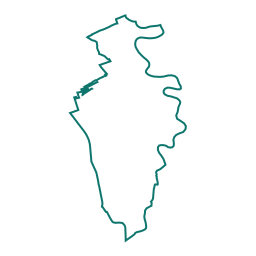 Letea Veche, Bacau, Romania (Robinson projection)
{"feature_id": "2599482B63347405976277", "entity_name": "Letea Veche", "entity_type": "district", "adm_level": 2, "iso_a3": "ROU", "parent_name": "Romania", "parent_adm1": "Bacau", "projection": "robinson", "projection_center": [26.956, 46.548], "detail": "fine", "context": "isolated", "style": "outline", "palette": "teal", "viewbox_px": 256, "rotation_deg": 0, "n_neighbors": 0, "source": "geoboundaries", "source_scale": "gbopen_adm2", "svg_char_len": 5416}
<svg xmlns="http://www.w3.org/2000/svg" viewBox="0 0 256 256"><path d="M135.7,21.6L133.8,21.6L132.3,21.3L130.2,20.4L129.1,19.9L127.8,18.9L127.0,18.4L126.3,17.7L125.7,16.7L125.5,16.1L125.5,15.4L125.3,15.4L124.7,15.6L124.2,15.8L122.8,16.5L122.2,16.7L121.5,16.9L120.9,17.2L120.5,17.5L119.7,17.8L118.3,18.3L116.7,18.9L116.0,19.2L116.0,19.4L116.1,19.8L116.5,20.9L117.3,23.3L116.6,23.3L116.4,23.5L116.1,23.8L115.6,23.9L114.6,24.2L113.6,24.6L113.0,25.0L111.2,25.7L110.0,26.5L108.5,27.2L105.2,28.7L103.7,29.3L102.2,29.9L100.5,30.4L99.0,31.0L97.8,31.7L95.5,32.8L91.8,34.5L91.9,34.8L88.6,36.5L88.4,36.4L87.3,37.3L88.8,38.2L92.2,40.3L92.7,40.4L94.5,40.8L95.7,41.4L96.7,42.2L96.9,43.1L97.0,44.6L97.3,45.6L97.1,47.0L97.3,48.6L98.0,50.3L98.5,51.3L99.0,52.4L99.1,52.8L99.1,53.6L99.2,54.0L99.4,54.0L100.1,54.3L101.6,54.8L102.7,55.3L103.9,55.8L104.6,56.2L105.5,57.0L106.6,58.1L107.6,59.0L108.3,59.5L109.2,59.2L109.3,59.4L109.7,60.0L110.4,61.1L110.5,61.3L107.2,62.4L105.2,63.1L103.4,63.7L101.4,64.4L100.5,64.8L99.7,65.0L100.5,66.4L100.9,66.9L101.8,68.0L102.6,69.0L103.7,70.3L104.9,71.7L105.3,72.1L105.9,72.8L106.4,73.3L106.9,73.9L106.5,74.1L105.3,74.5L106.2,75.6L105.4,76.0L105.2,75.8L104.3,76.2L103.6,76.5L102.9,76.8L102.9,77.0L102.2,77.3L102.1,77.2L101.2,77.7L100.1,78.1L99.8,78.3L99.6,78.4L98.7,79.0L98.1,79.3L97.9,79.4L97.3,79.8L97.1,80.0L96.9,80.1L96.1,80.1L95.8,80.2L95.5,80.3L94.8,80.6L94.2,81.0L93.8,81.2L93.2,81.5L92.9,81.7L92.4,82.2L92.0,82.5L91.4,83.1L90.8,83.3L90.0,83.7L89.9,83.6L89.4,83.9L89.2,84.0L88.7,84.4L88.7,84.5L88.3,84.7L88.2,84.7L87.8,85.0L87.7,85.0L87.2,85.3L86.9,85.5L86.1,86.0L85.8,86.1L85.4,86.3L85.4,86.2L84.9,86.5L84.5,86.7L84.8,87.1L85.3,87.6L86.6,87.1L88.0,86.5L90.1,85.7L90.4,85.5L91.5,84.9L92.5,84.4L93.1,84.1L93.6,83.9L94.6,83.3L95.1,83.1L96.4,82.4L97.2,82.0L97.3,82.1L96.6,82.4L96.4,82.5L96.2,82.6L95.7,82.9L94.6,83.5L93.1,84.2L92.5,84.5L92.2,84.7L92.0,84.8L91.1,85.3L90.6,85.5L90.1,85.8L87.8,86.8L87.2,87.0L87.6,88.1L88.0,89.1L88.4,90.1L88.6,90.5L88.4,90.6L87.8,89.0L87.4,88.1L87.2,87.4L87.0,87.1L85.4,87.7L85.3,87.8L85.6,88.5L85.7,88.8L85.8,89.1L86.8,91.6L86.6,91.3L85.5,88.8L85.2,87.9L84.1,88.2L83.7,88.4L83.3,88.6L83.6,89.2L83.8,89.9L84.4,91.1L84.8,92.0L85.1,92.8L84.6,92.1L84.1,90.9L83.4,89.2L83.2,88.6L81.3,89.3L81.5,90.0L81.9,90.8L82.2,91.2L82.7,92.5L83.3,93.8L84.1,93.5L85.0,92.9L86.8,91.8L87.1,91.5L88.7,90.5L89.3,90.1L90.8,89.1L91.5,88.8L91.9,88.6L92.0,88.7L91.5,88.9L91.0,89.2L90.7,89.3L89.3,90.3L89.1,90.4L86.4,92.2L85.8,92.6L85.7,92.6L83.8,93.8L83.6,94.0L83.4,94.1L83.3,94.4L83.1,94.6L82.5,94.9L82.5,94.7L83.0,94.4L83.2,94.1L82.3,92.1L82.1,91.5L79.3,92.3L78.5,92.4L77.4,92.6L77.9,94.1L78.2,95.2L78.4,96.0L78.5,96.2L78.8,96.9L79.1,97.7L76.6,98.3L76.3,97.6L76.0,96.9L74.2,97.4L74.5,98.2L74.7,98.9L75.3,100.7L76.0,102.8L76.8,105.5L77.6,107.8L78.3,110.0L76.6,110.7L74.5,111.4L70.1,113.0L71.5,114.8L73.0,116.7L74.1,118.2L76.8,121.7L78.4,123.9L79.9,125.8L81.0,127.3L82.2,128.8L83.8,130.9L84.9,132.5L85.5,133.4L86.2,134.5L86.9,135.8L87.5,137.0L88.0,138.2L88.6,139.5L89.0,140.9L89.4,142.2L89.8,144.2L90.0,145.7L90.2,147.7L90.4,149.9L90.5,151.5L90.8,154.8L91.0,156.5L91.1,157.8L91.1,158.7L91.3,160.3L91.3,161.0L91.5,161.8L92.0,162.9L92.6,164.3L93.5,166.3L94.2,167.9L94.7,168.8L95.4,170.4L96.0,171.8L96.3,172.6L96.5,173.2L96.7,174.2L97.3,177.0L97.7,178.9L98.2,181.3L98.4,182.6L98.5,183.7L99.2,186.4L100.3,191.9L101.0,195.6L101.5,197.8L101.9,200.1L102.2,201.4L102.3,202.2L102.4,203.3L102.4,204.2L102.2,205.4L102.0,206.3L101.9,206.7L102.7,207.2L105.9,211.9L106.9,211.9L110.0,217.8L111.9,221.0L112.6,221.9L113.4,222.4L115.4,222.8L119.4,222.6L122.5,223.0L124.5,225.2L125.3,227.4L125.6,235.2L125.7,240.6L128.8,238.4L132.0,236.2L134.6,234.2L135.0,233.2L136.6,232.2L140.0,231.4L142.8,230.5L144.9,229.4L146.1,228.1L146.2,226.0L145.9,224.1L145.5,221.9L144.6,219.0L144.3,216.3L144.9,213.3L145.1,210.5L146.6,208.3L149.7,206.6L151.4,205.8L151.6,203.8L151.6,202.6L151.0,201.7L152.2,200.2L153.0,198.7L153.8,189.2L154.5,186.4L154.9,184.6L155.7,184.4L157.6,184.6L157.7,184.3L157.7,183.5L157.7,182.5L157.5,181.4L157.3,180.6L157.1,179.5L156.6,178.0L156.7,177.7L156.8,176.9L156.7,176.4L156.2,175.8L156.6,174.8L156.7,174.5L156.1,172.5L156.3,171.7L157.0,170.6L157.9,170.3L159.3,169.6L159.9,169.3L160.4,169.1L165.5,164.8L163.5,159.0L161.2,155.5L159.0,152.6L157.9,149.8L158.0,147.1L159.1,145.6L160.8,145.1L163.4,145.1L166.2,145.8L167.9,147.1L170.3,147.6L172.1,147.3L173.3,146.4L173.8,145.2L173.8,142.8L173.4,139.7L174.2,137.2L176.1,135.0L179.3,133.4L183.2,132.0L185.4,129.4L185.9,126.2L184.1,123.3L179.9,120.5L177.1,118.7L176.2,115.5L177.6,112.0L178.5,106.9L180.1,103.4L180.2,101.8L179.1,100.0L176.9,98.3L170.9,96.4L167.6,95.8L164.9,94.4L163.7,92.9L163.7,90.7L164.9,88.8L167.3,87.7L169.8,87.7L174.0,88.6L177.1,89.3L179.6,89.4L180.9,88.5L180.7,86.2L179.3,83.9L178.1,80.7L177.1,78.0L174.8,76.1L171.5,75.3L168.0,75.5L163.5,76.6L159.5,76.9L153.5,76.5L149.8,75.4L147.5,74.1L146.0,72.4L145.9,71.1L147.0,69.1L148.4,67.4L149.1,66.3L149.3,64.5L149.1,62.9L147.8,61.0L145.9,59.2L143.8,57.5L141.5,55.3L138.7,52.3L136.9,49.3L135.7,47.1L135.2,44.8L135.3,42.8L135.7,41.0L136.7,39.3L138.1,38.3L139.7,37.6L142.0,37.5L145.8,38.0L149.6,38.3L152.1,38.2L155.2,37.8L157.8,37.0L160.1,35.8L161.7,34.9L163.0,33.5L163.5,32.5L163.3,31.2L162.5,29.4L161.0,26.7L160.4,25.0L157.7,25.7L150.0,26.5L145.8,27.8L144.0,28.0L141.5,27.9L140.4,27.6L139.2,27.1L137.5,25.9L137.1,25.3L136.2,23.8L135.7,21.6Z" fill="none" stroke="#0f766e" stroke-width="2"/></svg>